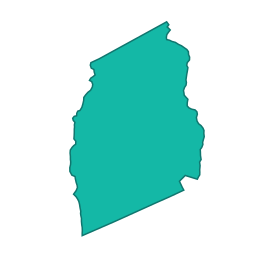 outline of Candeal, Bahia, Brazil, rotated 155°
{"feature_id": "56859067B49884846249596", "entity_name": "Candeal", "entity_type": "district", "adm_level": 2, "iso_a3": "BRA", "parent_name": "Brazil", "parent_adm1": "Bahia", "projection": "albers", "projection_center": [-39.193, -11.879], "detail": "fine", "context": "isolated", "style": "filled", "palette": "teal", "viewbox_px": 256, "rotation_deg": 155, "n_neighbors": 0, "source": "geoboundaries", "source_scale": "gbopen_adm2", "svg_char_len": 1806}
<svg xmlns="http://www.w3.org/2000/svg" viewBox="0 0 256 256"><g transform="rotate(155 128 128)"><path d="M215.0,49.8L179.6,48.9L153.2,48.6L134.9,48.4L120.1,48.1L110.3,48.1L106.2,48.1L103.7,48.1L103.9,51.2L103.9,58.0L100.9,59.1L96.2,60.8L86.8,52.3L84.7,54.0L82.8,55.2L81.6,57.6L80.7,59.8L78.6,63.4L77.5,66.9L75.1,68.5L73.9,72.5L72.5,75.7L71.6,78.0L69.4,79.2L67.1,81.4L66.4,83.5L64.7,85.5L62.6,87.9L61.5,91.2L60.2,93.6L60.1,96.3L60.8,99.3L62.2,102.0L62.5,105.1L61.6,108.6L59.3,111.2L58.7,113.6L59.6,116.1L62.4,118.2L64.3,120.6L65.0,123.1L63.6,125.9L61.6,128.7L62.5,131.6L63.2,134.0L62.5,136.1L61.9,138.5L59.6,140.9L57.3,142.3L55.8,144.6L55.2,147.0L53.9,149.0L52.0,151.9L50.0,154.7L48.2,157.4L48.3,160.0L46.7,162.2L43.5,163.7L42.2,166.2L42.1,168.9L41.0,171.7L41.5,174.3L42.8,176.5L44.8,180.0L46.8,182.3L48.9,185.6L51.6,187.9L53.2,189.9L55.6,191.8L55.0,193.8L53.4,196.2L50.5,197.9L48.3,199.0L49.0,201.0L49.8,203.0L47.4,204.3L48.1,207.9L124.9,202.9L134.0,202.9L135.6,200.9L136.0,197.8L134.2,195.5L135.0,192.8L135.4,190.0L138.0,189.3L140.7,188.9L142.8,187.4L141.3,185.4L141.5,182.5L143.0,180.2L146.0,178.0L149.2,177.3L152.4,175.9L155.1,174.4L156.6,171.6L158.7,168.9L161.1,166.2L164.1,164.2L166.4,164.5L168.2,163.0L169.4,160.8L171.8,161.3L174.0,160.2L174.4,158.0L173.7,155.6L175.3,153.5L176.0,151.6L177.1,149.8L178.6,146.6L180.2,143.5L181.6,141.0L180.9,138.0L182.3,135.4L184.5,135.0L186.8,134.1L189.6,132.4L191.1,129.7L192.2,126.6L193.5,123.8L194.2,121.6L195.4,119.3L197.5,116.6L199.0,113.2L198.8,109.0L196.5,106.4L197.2,104.1L198.0,100.4L198.3,97.7L199.0,95.4L201.4,93.2L205.3,91.0L204.1,87.7L203.7,85.0L203.6,82.3L204.1,79.6L205.2,75.8L206.0,72.5L207.2,70.4L207.8,68.3L208.3,65.9L209.6,63.2L210.8,59.9L211.5,57.3L212.8,54.2L214.1,51.8L215.0,49.8Z" fill="#14b8a6" stroke="#0f766e" stroke-width="1.5"/></g></svg>